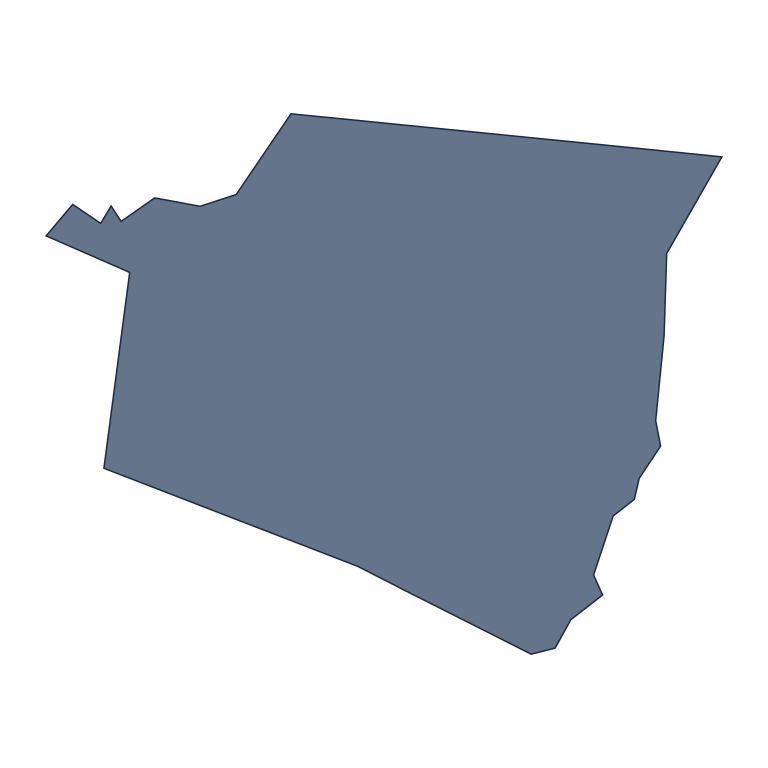 Shelby, Kentucky, United States of America (Albers equal-area conic projection)
{"feature_id": "52423323B12558460234328", "entity_name": "Shelby", "entity_type": "district", "adm_level": 2, "iso_a3": "USA", "parent_name": "United States of America", "parent_adm1": "Kentucky", "projection": "albers", "projection_center": [-85.196, 38.198], "detail": "fine", "context": "isolated", "style": "filled", "palette": "slate", "viewbox_px": 768, "rotation_deg": 0, "n_neighbors": 0, "source": "geoboundaries", "source_scale": "gbopen_adm2", "svg_char_len": 478}
<svg xmlns="http://www.w3.org/2000/svg" viewBox="0 0 768 768"><path d="M531.2,654.2L555.1,648.1L570.9,619.6L602.6,595.0L593.6,575.0L613.2,515.9L634.3,499.4L639.2,478.4L660.6,446.1L655.7,420.7L664.1,335.8L666.7,253.5L721.9,156.9L668.1,151.4L291.0,113.8L236.2,194.5L200.1,206.3L154.7,197.9L121.1,221.4L111.1,206.0L100.7,223.4L72.7,204.4L46.1,235.9L121.2,268.7L129.7,272.4L103.9,468.3L357.8,566.4L405.9,591.0L531.2,654.2Z" fill="#64748b" stroke="#1e293b" stroke-width="1.5"/></svg>